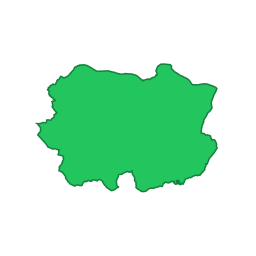 Agona East, Central, Ghana, rotated 115°
{"feature_id": "2480657B54607197552612", "entity_name": "Agona East", "entity_type": "district", "adm_level": 2, "iso_a3": "GHA", "parent_name": "Ghana", "parent_adm1": "Central", "projection": "natural_earth1", "projection_center": [-0.645, 5.635], "detail": "fine", "context": "isolated", "style": "filled", "palette": "green", "viewbox_px": 256, "rotation_deg": 115, "n_neighbors": 0, "source": "geoboundaries", "source_scale": "gbopen_adm2", "svg_char_len": 5796}
<svg xmlns="http://www.w3.org/2000/svg" viewBox="0 0 256 256"><g transform="rotate(115 128 128)"><path d="M155.6,54.4L154.3,54.7L153.8,54.1L152.7,54.4L150.3,54.3L149.5,53.9L148.9,53.3L148.3,52.3L147.4,51.9L146.9,51.3L146.6,50.4L146.1,49.7L145.4,49.3L144.5,49.0L142.6,47.0L142.0,46.3L141.9,44.9L140.9,44.2L140.4,42.9L140.1,42.7L139.7,42.8L138.1,42.2L137.1,42.2L136.9,41.9L136.5,41.9L136.0,41.5L135.5,41.7L134.9,41.3L133.4,40.8L131.9,41.5L129.7,41.4L128.8,41.5L128.1,41.8L127.7,42.2L127.4,41.2L126.8,41.1L122.3,41.3L121.5,41.5L120.2,41.1L113.8,39.4L108.4,38.8L107.8,39.6L107.1,40.0L106.4,40.6L105.3,40.8L104.9,41.1L103.6,42.5L102.4,44.1L102.2,44.6L102.2,45.0L103.3,46.7L103.5,47.3L102.7,47.5L102.0,48.5L100.6,49.8L100.3,50.2L100.3,50.8L100.8,53.3L101.4,54.2L101.4,55.3L101.0,56.2L100.9,56.8L101.5,58.3L101.2,59.2L101.5,59.6L99.0,60.6L96.4,61.4L95.9,61.3L95.1,61.8L91.2,61.9L90.4,62.2L90.1,62.0L89.1,62.8L84.1,62.1L80.7,62.1L77.9,60.8L74.4,60.3L69.8,63.4L62.0,64.1L56.8,63.9L54.6,64.2L54.2,65.6L54.0,67.4L54.6,73.8L55.0,75.8L55.7,77.5L56.5,78.8L57.4,80.2L59.5,83.1L61.4,87.5L61.3,88.5L61.0,89.1L58.8,92.8L58.3,95.4L58.2,96.7L58.3,98.4L58.1,100.3L58.3,103.1L57.6,106.6L57.5,108.6L57.1,110.2L56.3,112.4L56.2,113.3L53.2,115.0L52.8,116.6L54.9,122.6L56.4,125.3L59.6,127.1L64.4,126.9L66.2,124.9L67.6,124.1L68.0,124.9L68.2,125.0L70.6,125.3L70.9,125.8L71.5,126.3L71.9,127.2L72.4,127.6L74.5,128.5L74.6,129.4L74.9,129.3L75.1,129.5L75.4,130.1L75.3,130.3L75.6,131.4L75.9,131.7L76.3,131.9L77.7,133.4L78.0,134.1L78.7,134.3L78.5,134.8L78.9,135.0L78.3,136.8L77.1,141.2L76.9,142.2L76.9,143.6L77.4,146.8L77.8,148.3L78.8,150.5L79.7,153.3L82.0,156.3L83.2,161.8L83.3,164.0L84.0,166.4L84.4,169.6L85.6,172.1L89.0,178.6L89.5,179.7L89.7,180.9L88.8,189.1L88.7,191.9L89.3,194.4L89.5,195.0L91.3,198.2L91.5,197.9L93.2,200.4L93.1,199.9L95.6,202.0L98.0,201.8L102.2,203.2L102.3,203.0L106.4,204.5L109.8,207.2L109.4,209.9L109.7,210.7L109.8,210.6L111.7,211.1L113.2,211.1L113.8,211.5L114.0,212.0L114.7,212.4L116.2,212.2L117.8,212.3L118.6,212.1L119.6,212.7L119.9,214.5L120.3,214.9L121.1,215.2L121.9,215.8L122.2,216.2L122.4,216.3L123.0,216.4L123.4,216.2L124.3,216.2L124.7,217.1L125.0,217.2L125.3,217.2L125.8,216.9L126.1,217.0L126.6,216.7L127.2,217.1L127.6,216.5L127.5,216.2L127.3,216.3L127.2,216.2L127.4,215.6L127.5,215.6L127.7,215.9L128.1,215.2L128.9,214.7L130.0,214.4L130.5,213.8L130.9,213.8L131.3,212.9L131.4,213.1L131.9,212.6L131.9,212.3L131.7,212.4L131.7,212.6L131.5,212.2L131.9,211.5L132.6,209.8L132.6,209.5L132.3,209.1L132.5,208.5L132.7,208.2L133.3,208.0L133.4,206.5L133.6,205.7L133.8,205.6L134.1,206.0L134.3,206.5L135.0,206.8L135.3,207.4L135.8,207.6L136.2,208.1L136.8,207.4L137.9,206.8L139.0,205.9L139.6,205.8L139.9,205.5L140.4,205.9L140.5,205.9L141.2,205.2L141.3,205.0L141.7,204.1L142.1,203.3L142.5,203.0L142.7,202.4L143.0,202.1L143.2,201.2L143.8,200.5L144.0,199.1L146.3,199.7L146.7,200.3L147.1,200.6L147.4,200.6L147.7,200.3L149.1,199.8L149.3,199.7L149.7,199.8L150.1,199.8L151.8,201.0L153.2,201.1L153.6,201.3L154.5,204.1L155.1,205.0L156.9,204.5L158.3,204.9L158.6,206.5L158.8,207.0L159.0,207.4L161.2,209.5L162.4,212.2L162.6,210.9L163.4,210.3L164.3,208.1L164.9,207.3L166.4,206.7L167.3,206.1L169.2,206.1L169.8,206.2L170.4,206.7L171.3,206.6L171.9,206.9L172.4,206.8L176.7,196.4L177.6,194.6L179.0,192.7L179.1,191.9L178.8,189.1L179.0,187.8L178.9,187.4L178.8,187.1L177.8,185.8L177.6,185.4L177.5,183.5L177.4,182.5L177.0,181.8L176.9,181.2L177.4,181.3L177.7,181.2L179.2,180.5L180.2,180.2L181.6,180.2L181.7,179.1L181.2,177.5L181.1,176.5L181.0,175.9L181.0,174.4L182.4,174.2L182.8,174.0L183.5,173.1L185.6,173.2L186.6,173.0L187.1,173.2L187.7,172.8L188.6,173.0L189.8,173.0L190.5,173.5L191.5,173.6L192.1,173.9L192.7,173.7L193.2,173.2L193.7,173.0L194.9,172.9L195.9,172.4L195.9,168.7L198.2,164.2L200.0,163.2L200.8,161.5L202.0,159.8L202.6,158.0L203.2,157.0L203.1,153.0L203.2,152.0L202.9,151.5L201.8,150.8L201.0,150.1L200.5,147.4L200.1,146.6L200.0,145.9L199.3,145.4L197.1,145.5L194.5,144.8L194.5,143.8L194.4,143.3L193.3,142.3L192.7,142.0L192.1,141.1L192.3,140.4L191.7,138.5L190.2,138.4L189.3,136.3L189.0,135.0L189.0,133.7L188.6,133.3L188.1,133.2L187.0,132.6L186.6,131.2L186.8,129.3L187.4,128.5L187.6,127.9L187.9,127.8L188.5,127.0L189.7,124.8L190.0,123.5L190.9,122.5L190.9,122.2L191.0,121.9L191.1,120.8L191.4,119.6L191.4,119.0L191.8,116.8L191.5,116.1L190.1,114.6L189.2,113.9L187.0,112.8L186.1,112.2L185.8,111.7L185.4,111.8L185.3,112.9L185.1,113.5L184.8,113.7L183.7,114.6L180.6,116.2L179.5,116.4L176.6,116.2L175.6,116.4L174.5,116.8L174.0,116.5L172.9,114.6L172.3,113.8L171.7,113.5L171.2,113.5L169.1,111.5L168.8,111.3L168.3,111.2L168.1,111.0L167.9,110.1L167.4,109.7L167.6,108.6L167.1,107.3L166.4,106.7L165.2,106.2L166.1,105.5L167.2,105.1L167.8,104.5L168.3,103.9L169.6,101.7L170.4,100.9L171.2,100.5L172.3,100.2L173.2,99.4L173.5,98.9L173.6,97.9L175.7,97.0L176.7,96.2L178.6,95.6L179.3,93.2L179.3,92.7L179.2,92.0L179.8,89.1L179.0,86.8L178.1,85.6L176.6,84.4L175.0,83.9L174.6,83.8L173.4,82.4L172.6,81.3L172.2,80.4L172.1,79.5L170.6,78.3L168.4,75.5L167.2,74.5L166.8,73.5L166.8,72.5L166.1,72.3L164.8,72.3L164.0,72.5L163.6,72.5L162.7,71.8L161.8,71.7L161.2,71.4L161.2,70.0L160.4,67.7L159.9,67.1L158.6,66.9L158.4,66.0L157.7,65.6L157.4,64.8L157.7,64.5L157.8,64.3L157.7,64.1L157.2,63.8L157.1,63.7L157.7,63.6L157.9,63.2L158.3,63.2L158.4,62.9L158.3,62.5L158.7,62.1L158.8,61.0L158.4,60.6L158.1,59.9L157.7,59.8L157.2,60.3L157.0,59.7L156.6,59.5L156.2,60.0L156.2,60.5L155.9,61.4L155.4,61.5L155.1,61.7L154.7,60.5L154.1,60.2L154.5,59.3L154.8,59.9L155.0,59.8L155.1,59.3L155.3,59.1L155.9,59.6L156.0,58.8L156.3,58.9L156.5,58.7L156.5,58.0L156.6,57.9L157.1,58.2L157.4,57.5L157.4,57.1L156.9,56.2L156.6,56.1L156.8,56.9L156.6,57.2L156.4,57.1L156.4,56.5L155.9,56.2L155.8,55.5L155.5,55.5L155.5,55.4L155.7,55.2L155.6,54.4Z" fill="#22c55e" stroke="#15803d" stroke-width="1.5"/></g></svg>